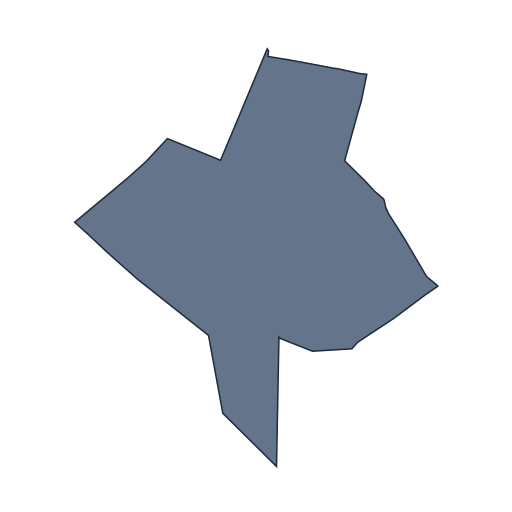 the district of Plumtree, Matabeleland South, Zimbabwe, rotated 96°
{"feature_id": "62879985B2376154175895", "entity_name": "Plumtree", "entity_type": "district", "adm_level": 2, "iso_a3": "ZWE", "parent_name": "Zimbabwe", "parent_adm1": "Matabeleland South", "projection": "albers", "projection_center": [27.803, -20.508], "detail": "fine", "context": "isolated", "style": "filled", "palette": "slate", "viewbox_px": 512, "rotation_deg": 96, "n_neighbors": 0, "source": "geoboundaries", "source_scale": "gbopen_adm2", "svg_char_len": 729}
<svg xmlns="http://www.w3.org/2000/svg" viewBox="0 0 512 512"><g transform="rotate(96 256 256)"><path d="M48.8,266.5L138.1,293.3L164.3,301.2L164.5,301.2L148.5,356.4L174.4,375.9L175.2,376.7L192.2,392.1L241.4,439.9L252.3,424.9L267.8,404.5L291.1,372.0L340.0,294.9L415.9,272.6L463.2,213.6L334.2,224.7L335.5,223.3L344.8,189.9L338.3,151.0L331.1,145.8L303.6,112.4L276.6,83.2L267.5,72.5L267.2,72.1L266.7,72.5L266.5,72.4L266.4,72.5L258.6,84.2L222.6,110.7L200.0,128.7L195.0,131.5L193.6,132.3L187.2,134.4L185.8,135.2L179.5,144.5L168.9,156.6L164.9,161.7L152.1,177.8L103.0,169.7L90.8,167.4L63.7,164.8L63.7,171.9L61.2,194.2L61.1,198.6L57.6,241.8L56.3,265.0L50.8,264.9L48.8,266.5Z" fill="#64748b" stroke="#1e293b" stroke-width="1.5"/></g></svg>